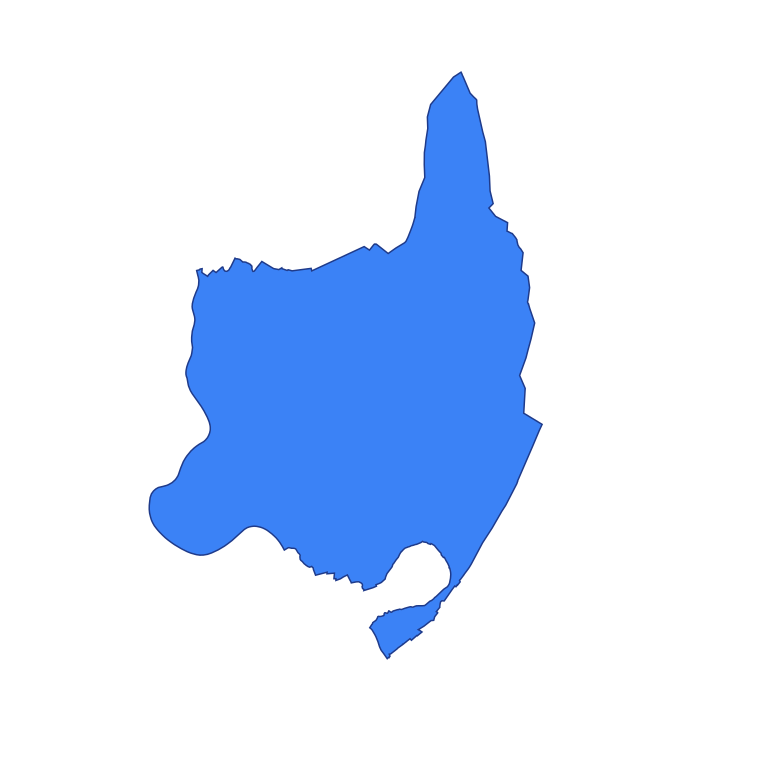 Brummen, Gelderland, Netherlands, rotated 138°
{"feature_id": "6326949B17971297076651", "entity_name": "Brummen", "entity_type": "district", "adm_level": 2, "iso_a3": "NLD", "parent_name": "Netherlands", "parent_adm1": "Gelderland", "projection": "albers", "projection_center": [6.134, 52.111], "detail": "fine", "context": "isolated", "style": "filled", "palette": "blue", "viewbox_px": 768, "rotation_deg": 138, "n_neighbors": 0, "source": "geoboundaries", "source_scale": "gbopen_adm2", "svg_char_len": 6147}
<svg xmlns="http://www.w3.org/2000/svg" viewBox="0 0 768 768"><g transform="rotate(138 384 384)"><path d="M125.1,533.0L125.0,534.4L125.3,537.6L125.4,542.5L119.6,559.4L119.2,560.9L118.4,562.9L118.2,563.9L118.1,564.2L127.0,565.6L162.3,560.5L173.1,553.4L180.5,544.6L189.6,537.2L193.9,533.3L199.1,529.0L207.2,520.2L215.5,510.2L229.1,503.7L241.5,494.3L249.3,487.4L249.3,487.1L249.5,487.0L249.8,487.0L254.6,484.0L257.0,482.6L261.6,480.2L268.3,476.9L272.3,475.3L274.2,475.2L284.2,477.1L293.6,478.2L296.1,493.0L296.5,493.1L296.8,493.8L296.9,494.0L297.4,494.1L297.6,494.4L298.8,494.3L305.2,493.2L306.8,499.4L362.0,516.4L360.8,518.7L376.6,529.6L378.6,532.8L378.9,532.8L379.0,533.1L380.0,533.2L383.0,538.7L382.3,538.5L382.2,538.7L385.6,539.4L388.4,543.1L388.7,543.5L389.1,544.6L392.8,556.8L400.2,555.6L404.7,554.7L405.4,554.9L406.1,555.4L406.0,555.9L404.9,558.3L404.3,558.9L404.1,559.0L403.3,560.1L403.3,560.5L403.5,561.2L403.2,562.0L403.4,562.7L403.8,563.5L403.8,564.1L404.5,565.2L405.1,566.9L406.4,568.4L407.3,569.1L407.7,572.6L407.8,573.1L409.2,575.1L410.2,576.0L410.5,577.2L419.6,573.5L420.8,573.3L422.6,572.6L423.9,572.6L425.4,572.9L426.6,574.2L426.6,576.3L426.2,577.3L425.5,578.6L425.6,578.9L426.3,579.2L434.2,579.2L435.0,582.8L441.6,582.5L443.0,582.0L444.4,587.1L444.7,588.8L442.0,591.4L443.8,592.5L444.9,592.4L447.3,593.7L450.0,588.7L450.3,588.0L452.3,584.8L455.6,581.6L456.6,580.9L458.9,579.5L462.3,578.0L468.1,575.0L472.7,571.9L473.4,571.2L474.8,569.9L476.1,568.1L479.7,560.9L480.7,559.4L481.8,558.0L485.2,555.2L491.0,551.6L493.0,549.8L495.6,547.5L498.3,544.5L501.8,539.3L502.8,538.4L506.0,535.7L508.2,534.1L515.5,530.7L519.2,528.6L522.0,526.5L523.3,525.3L524.7,523.7L525.6,522.2L526.5,520.0L529.7,514.9L530.6,513.3L532.3,508.6L533.0,505.1L534.8,489.7L535.8,484.3L537.6,477.4L539.3,472.7L540.8,469.9L541.8,468.4L543.2,466.8L544.2,465.8L546.3,464.3L548.7,463.1L551.2,462.2L554.2,461.8L556.5,461.8L561.8,462.9L565.0,463.3L567.9,463.5L572.4,463.4L578.4,462.5L581.2,461.8L585.0,460.6L591.5,457.5L596.1,454.9L598.4,453.7L601.2,452.9L603.2,452.5L607.5,452.5L611.5,453.4L613.2,454.0L616.6,455.7L621.0,458.1L624.0,458.7L626.9,458.7L630.3,458.0L633.7,456.1L636.6,453.6L639.5,451.0L642.3,448.0L644.6,444.9L646.5,441.4L647.7,438.9L648.4,436.9L648.9,435.1L649.5,432.4L649.8,428.7L649.9,426.5L649.9,424.1L649.7,419.7L649.4,416.0L648.9,412.7L648.1,408.7L647.2,404.8L644.8,397.1L642.5,391.2L640.6,387.4L637.6,382.7L635.4,380.1L632.6,377.7L629.1,375.5L625.1,373.8L618.2,371.7L611.2,370.3L607.8,369.9L601.9,369.4L585.1,369.4L581.9,368.8L579.7,367.9L577.8,366.8L575.7,365.3L573.8,363.3L571.6,360.2L570.5,358.2L569.7,356.3L568.9,354.1L568.5,352.4L567.6,347.6L567.1,342.0L567.2,339.1L567.4,336.2L568.3,331.0L569.2,327.3L565.5,326.6L564.4,326.2L564.0,325.8L562.6,323.8L561.2,322.5L560.4,321.5L560.2,321.1L560.0,320.3L560.3,318.6L560.8,316.1L560.6,314.5L560.9,313.0L561.1,312.6L562.1,311.9L563.6,309.8L563.8,308.6L563.5,306.7L563.6,303.7L563.4,302.9L563.2,301.3L562.6,299.1L561.8,297.6L559.8,296.8L559.9,296.3L559.7,294.8L559.9,294.4L560.5,293.5L560.8,292.8L562.8,287.7L552.4,282.3L552.2,282.2L553.4,281.1L547.4,276.6L551.5,272.8L550.0,271.5L551.2,270.2L546.8,268.4L543.2,267.8L539.0,266.6L540.6,260.8L540.8,259.6L541.4,258.1L537.5,255.8L536.5,255.1L535.1,253.9L534.9,253.5L534.4,252.2L534.0,250.9L534.1,249.8L534.4,249.2L535.1,248.4L536.0,248.0L536.3,247.2L536.8,246.3L536.5,245.3L536.5,244.5L537.2,244.0L528.5,240.0L524.9,238.8L524.3,240.2L520.6,238.8L518.7,238.3L513.6,238.3L512.1,239.4L508.7,241.1L500.8,242.6L499.6,243.1L498.1,244.1L497.1,244.1L492.7,245.2L489.3,245.7L486.3,247.0L483.7,247.8L483.1,247.8L483.1,247.7L480.1,248.0L477.9,247.9L476.4,247.2L475.1,246.8L474.5,246.4L473.2,245.9L472.2,245.7L470.0,244.5L468.1,243.7L467.0,243.0L462.8,241.5L460.6,241.2L460.3,240.1L458.4,237.8L458.1,237.0L458.1,236.1L457.3,234.7L456.7,233.7L455.9,234.0L455.6,233.5L454.6,230.2L454.9,224.4L454.9,221.9L454.8,220.5L455.1,219.6L455.3,219.2L455.7,218.9L455.8,218.5L455.9,215.4L455.8,215.1L455.2,214.8L455.2,214.5L456.1,211.1L456.6,208.4L457.5,205.5L458.0,204.3L458.4,204.2L458.7,203.7L458.4,203.2L459.5,201.1L460.5,199.5L461.8,197.8L464.5,195.2L468.1,192.5L469.3,191.8L470.4,191.4L472.5,190.9L476.8,191.5L478.3,191.5L487.6,191.2L489.4,191.4L490.8,191.1L491.8,191.2L493.5,191.3L495.3,191.9L500.2,192.0L502.1,192.2L504.2,193.8L506.6,196.0L508.3,197.4L509.5,198.0L511.5,198.7L512.1,199.1L512.3,199.3L513.1,200.5L514.3,201.3L518.6,203.4L521.7,204.6L523.3,206.4L524.3,206.7L525.0,207.3L525.7,207.6L529.1,209.2L530.7,209.3L531.3,209.5L531.5,209.6L531.8,210.5L532.0,211.7L532.1,212.0L532.3,212.2L534.2,211.4L534.8,211.4L535.1,211.5L536.1,213.1L536.4,213.4L536.7,213.5L537.7,213.1L538.7,212.2L539.2,212.1L541.4,213.1L542.7,214.0L543.4,214.9L544.1,215.2L544.4,215.2L545.6,214.5L547.8,213.8L548.5,213.8L552.0,214.2L553.1,213.5L554.1,213.4L557.7,212.4L557.5,211.3L557.4,209.8L557.5,208.7L558.5,203.9L559.1,201.6L560.9,196.6L563.1,191.8L564.2,188.3L564.3,187.7L564.6,184.1L565.4,177.7L563.2,177.7L563.2,177.3L561.7,177.7L560.9,179.7L559.8,179.0L559.0,178.9L551.5,178.4L550.3,178.5L543.8,177.8L543.8,178.0L543.3,177.8L535.1,177.3L535.1,175.2L527.9,175.1L527.8,174.6L521.7,174.3L522.3,176.9L522.9,178.5L516.3,177.3L507.4,176.7L505.2,175.1L502.1,177.1L497.2,178.0L497.1,178.5L497.5,179.8L491.9,180.7L491.3,181.5L489.4,183.1L487.6,184.3L486.1,184.2L484.4,182.5L470.8,185.7L466.6,186.5L466.2,185.2L464.0,185.7L464.0,185.3L459.8,186.0L459.6,186.5L459.5,187.3L459.3,187.5L458.4,187.7L458.1,187.6L452.4,188.7L452.4,188.8L444.8,190.3L442.9,190.8L439.6,191.8L417.1,200.0L400.0,204.6L381.6,210.6L374.6,212.5L352.1,221.0L349.7,222.3L349.7,222.5L315.4,238.2L299.6,245.6L293.5,248.2L299.7,268.8L282.0,286.3L277.5,299.6L261.0,308.4L254.1,313.0L244.6,319.1L231.2,328.5L225.2,342.5L223.2,346.5L223.4,346.5L222.5,348.9L220.8,350.1L211.3,358.2L204.8,367.8L206.1,376.7L192.8,388.5L192.0,393.1L192.1,395.0L191.4,397.9L189.3,401.6L188.8,402.1L188.3,404.7L188.0,410.0L188.6,411.1L189.9,414.5L190.3,415.3L184.2,421.2L188.9,433.9L188.3,444.6L182.2,445.0L176.0,456.5L166.5,468.0L146.5,496.3L141.9,505.4L130.5,525.7L127.7,529.9L126.2,531.7L125.1,533.0Z" fill="#3b82f6" stroke="#1e3a8a" stroke-width="1.5"/></g></svg>